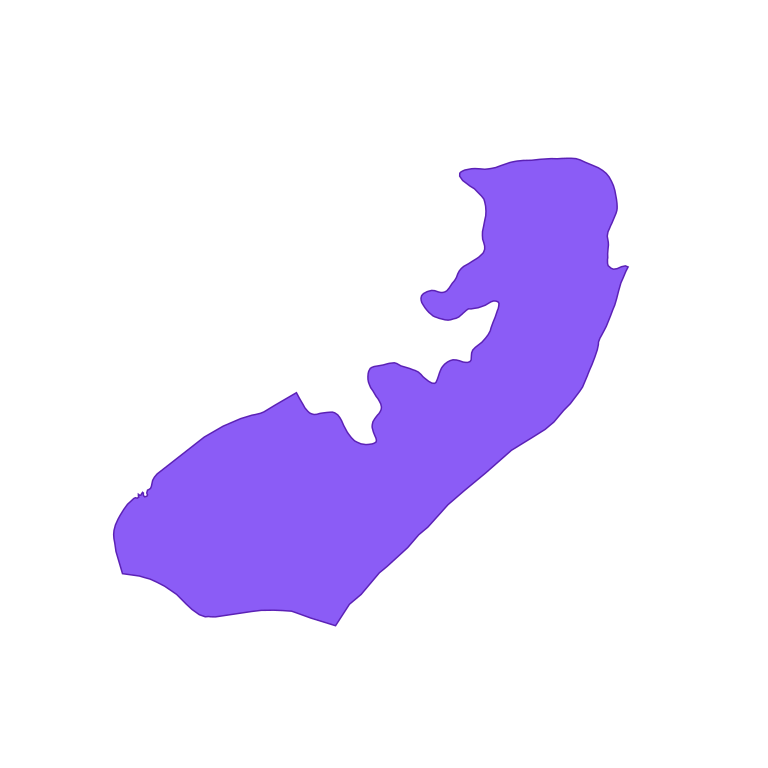 Nongbok, Khammouan, Laos (Natural Earth projection), rotated 206°
{"feature_id": "54806243B28884115571756", "entity_name": "Nongbok", "entity_type": "district", "adm_level": 2, "iso_a3": "LAO", "parent_name": "Laos", "parent_adm1": "Khammouan", "projection": "natural_earth1", "projection_center": [104.827, 17.05], "detail": "fine", "context": "isolated", "style": "filled", "palette": "violet", "viewbox_px": 768, "rotation_deg": 206, "n_neighbors": 0, "source": "geoboundaries", "source_scale": "gbopen_adm2", "svg_char_len": 4735}
<svg xmlns="http://www.w3.org/2000/svg" viewBox="0 0 768 768"><g transform="rotate(206 384 384)"><path d="M535.9,98.9L526.1,102.1L519.6,104.2L514.7,105.0L508.9,106.1L501.6,106.3L492.6,106.1L478.2,104.0L465.3,99.5L457.8,97.2L448.9,95.7L442.6,96.4L439.8,98.1L437.5,98.9L433.4,100.8L403.1,121.6L395.2,126.7L384.1,132.3L375.9,135.9L367.5,139.3L362.6,139.9L346.7,141.6L321.6,145.5L318.5,170.9L312.3,184.9L305.4,212.3L301.3,221.3L291.0,247.3L286.7,263.7L281.8,274.7L273.6,303.5L265.1,323.3L253.6,348.7L240.4,380.3L227.2,401.1L219.3,413.8L214.6,424.4L212.5,432.8L210.9,439.1L207.9,448.0L204.9,463.2L204.2,468.3L204.9,481.3L205.0,481.6L205.4,487.6L205.6,492.8L206.3,500.6L207.3,508.3L208.6,513.4L209.6,515.7L210.0,519.8L209.8,523.3L209.6,528.6L209.5,533.2L209.9,539.2L210.3,544.7L210.9,551.0L211.2,556.1L212.3,562.6L213.9,570.3L215.4,578.7L215.6,584.4L216.0,591.1L215.9,596.2L218.8,596.0L222.0,593.5L225.0,589.9L228.0,587.8L230.6,587.6L234.4,588.6L235.9,590.3L237.7,593.8L238.2,595.5L240.1,599.1L241.9,603.7L243.2,607.3L244.6,609.8L246.7,612.7L248.2,614.8L249.4,619.0L249.5,622.6L249.7,625.6L249.7,628.7L250.1,635.8L250.3,639.2L250.8,642.1L251.4,643.9L252.3,645.8L253.8,648.5L256.0,651.9L258.8,655.7L261.4,659.2L264.8,662.9L268.4,665.9L272.5,668.8L276.6,670.7L281.2,671.8L286.1,672.3L292.3,672.0L300.4,671.5L306.0,671.4L310.3,670.7L314.3,669.1L317.5,667.6L323.2,664.6L327.0,662.4L332.5,659.9L342.5,654.2L349.4,649.8L353.1,647.9L357.0,645.9L360.5,643.7L362.0,642.8L364.1,641.3L366.3,639.6L368.0,638.2L372.2,634.0L374.7,631.5L377.0,629.1L378.5,627.5L381.9,624.9L384.2,623.3L387.5,621.2L392.2,619.4L396.7,617.5L399.6,615.9L402.7,613.6L405.2,611.7L406.7,609.9L407.8,608.3L408.3,606.7L407.1,604.0L405.2,602.9L402.5,601.4L397.9,600.5L393.5,599.6L388.3,599.1L384.2,597.6L378.8,595.7L375.3,594.0L373.2,591.7L370.7,588.5L368.1,584.0L366.3,579.8L365.2,575.3L363.6,569.4L362.3,564.2L360.7,560.7L358.8,557.4L356.3,554.8L354.0,552.1L352.6,549.3L352.3,546.4L352.4,544.9L353.0,543.3L354.4,539.6L355.7,537.3L358.5,532.9L360.6,529.4L364.0,524.5L365.2,521.6L365.9,518.6L366.0,515.4L365.6,511.5L365.9,507.9L366.8,504.4L367.5,498.9L368.4,495.3L369.7,493.4L371.1,492.2L372.9,491.2L375.4,490.6L379.4,490.1L382.2,489.0L385.0,486.6L386.0,485.6L387.0,484.1L387.7,483.3L388.5,481.6L388.6,481.3L388.6,481.0L388.9,479.8L388.4,477.4L387.3,475.5L385.8,473.8L383.4,472.2L380.6,470.5L377.9,469.2L375.0,468.0L372.1,467.3L369.9,466.7L367.7,466.7L365.4,467.0L363.1,467.2L360.4,467.8L357.4,468.4L354.4,469.5L352.2,471.0L350.1,473.0L348.1,474.6L346.1,477.1L345.2,479.3L344.3,481.3L344.3,481.5L342.2,486.6L341.0,488.6L338.6,489.7L335.4,492.0L332.8,493.8L330.5,496.1L327.5,499.2L325.3,502.6L323.9,504.7L321.9,506.7L319.7,507.6L317.6,507.8L316.0,506.9L315.1,504.5L314.4,501.8L314.3,499.8L313.4,493.0L313.0,487.0L312.4,481.3L311.8,478.4L312.0,474.0L312.8,469.9L314.3,464.5L316.2,460.6L318.0,456.9L319.1,453.5L318.9,450.5L318.0,448.1L316.8,445.2L316.3,444.1L316.3,443.1L316.6,441.8L318.2,440.1L320.4,439.1L322.6,438.4L326.3,438.0L329.5,437.3L332.6,436.0L334.8,434.0L336.6,431.6L338.2,428.4L339.0,425.4L339.3,423.4L339.2,420.8L339.0,418.2L338.5,414.8L338.1,411.5L338.0,408.1L338.9,406.7L341.4,405.8L345.1,406.0L350.2,407.1L352.4,407.7L354.9,408.8L358.5,409.8L362.0,409.8L363.9,409.5L367.7,409.2L372.0,408.5L376.7,407.7L381.5,408.0L384.0,407.6L388.3,404.9L390.0,403.5L393.0,400.8L397.4,397.6L400.5,395.4L402.2,393.6L403.2,392.0L403.3,389.8L403.3,388.6L402.8,386.4L401.7,383.6L400.4,381.1L398.8,378.9L396.6,376.8L394.3,374.8L391.0,373.0L385.6,369.4L383.1,368.2L381.0,366.8L378.2,364.7L376.2,362.2L375.4,360.0L375.3,357.7L375.6,355.0L376.1,353.6L376.4,352.3L376.7,350.9L377.1,348.7L377.4,345.3L376.8,342.6L376.2,340.9L375.4,339.5L373.9,337.8L372.6,336.3L371.3,335.1L369.3,333.3L367.6,331.9L366.2,330.2L365.7,328.5L366.7,326.7L368.3,325.0L371.3,323.0L373.7,321.6L378.5,320.1L382.8,319.9L385.4,320.0L386.5,320.3L389.9,321.5L393.7,323.4L395.9,324.6L402.0,329.0L406.1,332.5L408.9,334.4L412.1,336.0L415.7,336.5L418.1,336.1L420.3,334.9L423.0,333.3L426.8,330.8L428.8,329.4L431.1,327.3L433.5,325.9L436.2,325.4L438.3,325.4L440.6,326.1L444.7,327.9L447.5,329.9L450.2,331.7L454.1,334.3L458.9,337.8L472.5,317.5L479.7,306.3L482.2,303.5L486.3,300.1L489.0,298.1L497.7,290.0L510.1,275.6L522.3,257.5L548.5,203.7L549.5,199.6L549.7,196.0L548.9,192.8L548.2,190.0L548.1,187.8L549.2,185.9L550.0,185.0L549.6,182.5L549.0,181.5L547.9,180.7L548.0,179.1L549.6,177.7L551.3,178.3L552.1,179.6L552.4,180.5L553.5,180.8L553.8,178.8L553.8,177.5L554.8,176.9L556.4,177.2L555.6,175.6L554.8,174.9L555.7,173.2L557.6,172.8L558.7,171.4L561.8,163.5L562.9,157.2L563.6,150.2L563.8,145.9L563.6,139.6L562.5,134.1L561.0,130.2L558.9,126.6L556.1,122.8L551.5,116.0L535.9,98.9Z" fill="#8b5cf6" stroke="#5b21b6" stroke-width="1.5"/></g></svg>